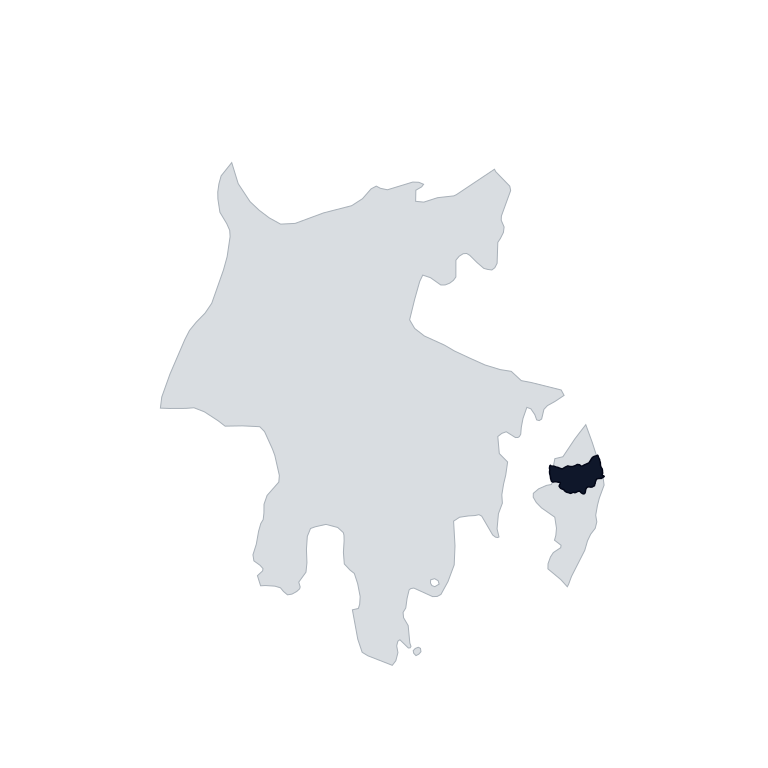 Julfa District, Culfa, Azerbaijan (highlighted), rotated 239°
{"feature_id": "54616110B53393721771174", "entity_name": "Julfa District", "entity_type": "district", "adm_level": 2, "iso_a3": "AZE", "parent_name": "Azerbaijan", "parent_adm1": "Culfa", "projection": "natural_earth1", "projection_center": [45.681, 39.144], "detail": "fine", "context": "in_parent", "style": "filled", "palette": "ink", "viewbox_px": 768, "rotation_deg": 239, "n_neighbors": 0, "source": "geoboundaries", "source_scale": "gbopen_adm2", "svg_char_len": 4964}
<svg xmlns="http://www.w3.org/2000/svg" viewBox="0 0 768 768"><g transform="rotate(239 384 384)"><path d="M511.2,589.3L508.5,589.1L488.8,593.7L484.6,592.2L467.5,571.1L464.0,568.8L456.7,567.8L452.4,564.4L448.8,558.7L446.8,554.5L429.2,543.1L426.6,538.9L426.2,535.2L428.8,531.9L431.7,529.1L440.2,526.3L450.1,523.8L453.3,522.1L454.9,519.0L454.8,514.2L453.1,509.4L438.7,500.7L437.1,496.9L436.6,492.3L437.4,487.5L439.6,483.7L451.2,478.6L457.4,473.3L453.5,467.4L440.8,453.9L425.8,439.0L415.8,438.9L404.4,443.3L386.1,455.9L376.0,461.4L362.8,470.3L348.4,480.3L336.6,490.9L329.3,499.6L316.2,503.4L309.6,510.8L287.6,532.8L281.5,532.5L281.0,521.6L281.3,513.0L279.9,508.0L272.8,501.1L272.7,498.2L274.6,496.4L280.1,497.5L287.1,497.1L290.4,494.4L282.9,485.4L276.2,479.4L270.5,475.3L269.2,472.9L269.2,471.2L270.4,469.1L280.1,464.2L281.0,459.6L280.4,454.5L265.0,447.0L253.5,449.8L243.2,441.4L236.6,434.9L228.3,427.9L220.9,424.1L213.9,415.3L201.6,406.3L193.7,403.8L193.8,402.4L195.3,400.7L198.6,399.4L220.4,399.7L223.1,398.1L224.4,394.2L227.4,388.5L230.9,380.1L230.6,373.0L208.7,361.5L192.8,351.0L181.7,337.1L174.3,324.4L174.5,320.2L176.7,316.2L193.7,304.5L194.9,301.5L194.5,299.4L188.4,293.4L180.8,287.3L178.4,282.7L173.6,280.4L164.5,280.3L148.6,272.7L145.2,272.0L144.4,270.5L145.2,268.9L156.6,265.9L156.4,263.4L153.0,260.0L146.6,257.6L140.7,251.6L138.6,246.2L159.2,230.3L165.3,227.1L178.8,230.1L206.7,240.6L204.8,246.4L207.7,249.7L214.1,254.1L226.4,258.6L236.9,261.0L242.1,259.0L250.2,257.3L260.6,262.5L270.2,269.1L275.0,271.8L277.6,272.6L284.9,270.4L293.6,261.9L297.0,251.6L298.0,246.6L292.9,239.8L282.3,232.4L270.5,225.9L262.9,220.2L258.1,208.9L253.2,207.6L251.9,206.2L251.1,202.3L251.3,196.9L253.0,192.7L257.8,191.0L262.6,190.3L266.9,186.4L272.3,178.6L274.6,174.3L284.9,176.8L286.3,183.7L288.1,185.2L292.4,184.4L299.4,181.4L305.1,183.7L312.4,192.0L322.4,200.7L327.9,206.6L330.0,210.6L335.2,214.6L342.7,219.2L348.7,226.4L354.1,243.3L359.5,247.2L378.9,253.6L385.7,254.9L404.7,257.1L411.4,255.5L421.1,241.0L429.7,226.1L437.9,222.9L452.7,215.7L461.5,208.9L465.2,201.5L473.4,187.7L478.5,179.9L487.3,186.8L502.7,205.6L524.7,236.2L530.1,244.9L533.7,254.9L536.9,267.1L541.9,277.9L564.3,305.0L573.9,315.1L589.6,328.0L595.2,330.9L602.4,331.8L615.7,331.8L628.1,336.9L634.2,340.4L640.6,345.6L646.3,351.6L652.2,367.5L630.8,362.2L609.3,363.1L597.2,366.5L585.5,371.2L574.3,377.7L567.4,390.6L561.8,420.3L553.5,448.1L553.9,461.0L557.9,473.4L557.6,479.3L553.6,481.7L548.7,487.0L542.3,512.6L539.0,517.7L534.8,520.8L533.6,517.8L533.7,511.1L524.3,505.2L519.4,511.8L516.1,525.9L509.3,540.7L509.0,543.5L511.2,589.3ZM191.1,327.1L192.1,323.1L189.4,321.3L186.6,321.2L184.1,323.2L184.1,328.2L187.5,329.1L191.1,327.1ZM120.5,443.1L117.2,439.0L115.8,436.7L125.3,434.8L141.1,429.3L145.4,432.0L150.0,437.6L152.3,442.3L152.7,451.2L154.6,452.7L162.3,449.7L165.7,453.3L171.6,457.6L181.9,461.8L196.7,455.2L204.0,453.5L210.1,453.6L213.4,455.7L214.5,462.6L213.4,471.1L211.6,475.8L214.7,479.2L226.9,487.4L232.0,492.0L229.5,499.9L238.6,519.2L241.6,526.7L245.2,536.0L226.6,532.4L193.2,524.6L184.0,520.6L175.3,509.8L170.2,504.6L162.5,497.9L156.2,495.4L151.5,490.7L148.8,483.8L144.8,477.7L138.0,470.4L122.5,445.6L120.5,443.1ZM140.7,277.8L138.6,279.1L135.5,277.8L134.5,274.7L134.7,271.5L137.9,270.8L140.4,271.7L141.2,274.6L140.7,277.8Z" fill="#d9dde1" stroke="#a8b0b8" stroke-width="1"/><path d="M228.6,484.7L228.5,484.1L227.2,482.9L226.5,482.4L224.9,481.9L224.0,481.0L222.8,480.3L221.7,479.8L220.1,479.4L218.6,478.8L217.4,478.2L215.7,477.8L214.5,477.5L213.1,478.1L212.7,478.8L212.3,480.1L211.6,481.1L211.0,481.9L210.1,482.7L209.4,483.9L208.6,484.3L207.8,483.7L207.4,483.0L206.8,482.1L206.2,481.5L205.0,481.5L203.6,481.7L202.2,482.6L200.9,483.7L199.7,483.7L198.3,484.2L197.2,484.8L196.4,485.6L195.5,486.5L194.4,487.3L194.1,487.7L193.9,488.9L193.9,490.1L193.4,490.8L192.5,491.6L192.2,492.8L192.2,494.0L192.0,495.2L191.4,496.4L190.5,496.8L189.3,497.0L188.6,497.3L187.4,498.0L186.8,498.9L187.1,500.3L188.4,501.5L188.7,501.8L189.5,502.3L189.9,502.9L190.7,504.2L190.8,505.3L190.6,506.2L190.2,506.9L189.7,507.4L189.4,507.7L188.9,508.5L188.5,509.3L188.5,510.7L188.4,512.0L189.4,512.9L190.1,513.9L191.0,514.5L191.8,515.5L192.6,516.5L193.0,517.6L192.9,518.1L192.7,518.8L192.4,519.3L192.1,519.9L191.8,520.7L191.2,521.4L191.1,522.1L191.2,523.1L191.2,524.1L191.3,524.9L191.3,525.0L191.8,525.1L192.5,524.7L192.9,524.2L193.7,524.1L193.9,524.2L194.4,524.8L195.0,525.6L196.1,526.0L196.9,526.5L198.0,527.0L198.9,527.3L200.5,527.2L201.3,527.3L202.6,527.6L203.8,528.2L204.7,528.7L205.5,529.1L206.9,529.3L208.2,529.9L210.3,530.0L211.2,530.2L212.1,530.5L212.9,530.4L213.2,528.7L213.7,526.8L213.7,524.9L213.2,523.6L211.9,521.2L210.8,518.8L211.1,517.3L211.2,515.9L211.5,514.1L211.5,511.9L212.0,510.7L214.1,510.0L215.5,508.2L215.5,506.0L216.1,503.2L217.5,500.9L219.1,499.4L219.4,496.8L219.4,494.3L219.4,493.0L221.3,491.3L223.0,490.1L223.9,489.0L226.0,487.4L227.5,485.1L228.6,484.7Z" fill="#0f172a" stroke="#020617" stroke-width="1.5"/></g></svg>